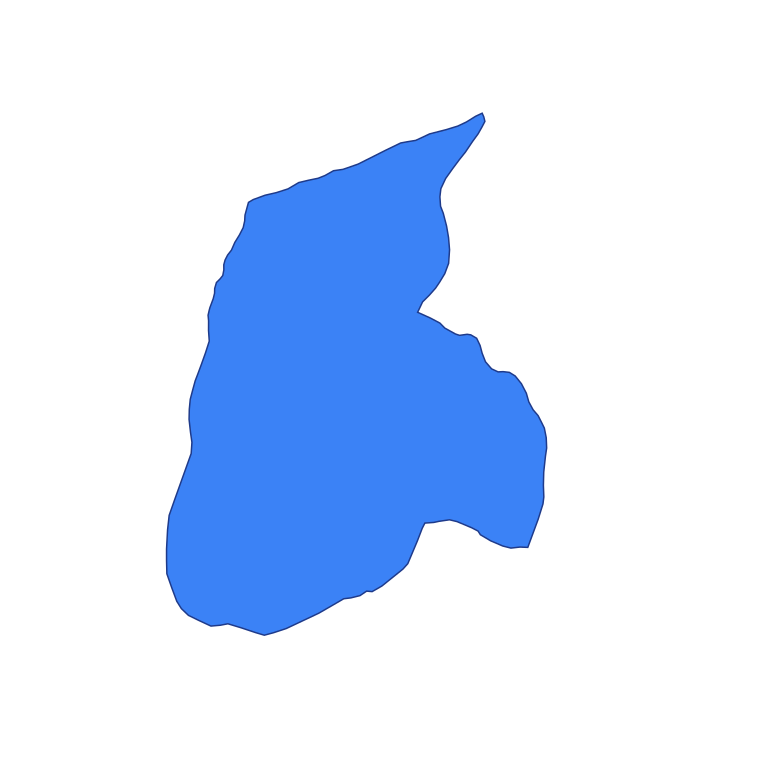 outline of Mvoung, Ogooué-Ivindo, Gabon, rotated 21°
{"feature_id": "22940354B15845982668686", "entity_name": "Mvoung", "entity_type": "district", "adm_level": 2, "iso_a3": "GAB", "parent_name": "Gabon", "parent_adm1": "Ogooué-Ivindo", "projection": "equal_earth", "projection_center": [12.149, 0.446], "detail": "fine", "context": "isolated", "style": "filled", "palette": "blue", "viewbox_px": 768, "rotation_deg": 21, "n_neighbors": 0, "source": "geoboundaries", "source_scale": "gbopen_adm2", "svg_char_len": 2015}
<svg xmlns="http://www.w3.org/2000/svg" viewBox="0 0 768 768"><g transform="rotate(21 384 384)"><path d="M378.6,96.0L373.6,101.2L367.0,109.9L360.4,116.8L350.7,124.4L337.0,134.1L326.3,145.2L319.1,149.4L313.2,153.0L302.3,164.6L281.0,188.0L268.8,198.3L260.4,203.0L254.2,210.5L248.8,215.5L240.4,220.9L232.2,226.5L224.4,236.3L214.8,244.0L205.3,250.4L195.8,258.7L192.4,263.0L192.8,267.3L193.7,276.1L195.5,281.7L196.5,288.5L195.6,296.8L194.0,305.2L193.6,313.7L191.8,319.6L191.2,325.2L191.7,330.1L193.6,334.9L194.6,340.5L193.3,344.6L191.2,349.3L191.7,355.5L193.3,360.0L194.0,365.6L194.1,375.2L194.4,377.9L195.1,382.8L197.6,387.9L201.0,396.9L205.5,406.6L206.2,419.0L206.5,432.1L206.6,441.4L206.6,448.7L207.5,457.7L208.6,467.7L211.3,477.4L214.7,486.9L220.7,498.5L225.6,507.3L228.9,518.0L230.0,566.5L230.5,583.6L234.2,597.7L240.1,615.9L244.2,626.6L249.3,639.0L258.8,650.2L268.4,661.1L275.3,666.3L284.4,670.1L295.9,671.1L309.2,672.0L317.6,667.9L324.2,663.8L338.0,662.8L353.4,662.1L362.3,661.4L370.0,655.8L380.4,647.3L405.3,621.3L423.4,598.9L429.8,595.5L437.4,590.2L442.0,583.6L447.3,582.1L454.4,573.4L468.0,550.0L470.6,543.2L471.4,518.4L471.4,505.0L472.0,499.2L480.1,495.4L484.4,492.6L493.8,487.3L501.5,486.3L517.6,486.8L524.5,487.6L528.0,490.2L539.9,492.2L552.9,492.7L561.3,491.7L569.4,487.5L576.8,485.0L576.4,454.9L575.4,439.0L573.7,432.2L569.1,421.4L564.7,409.0L560.6,393.5L558.8,385.5L554.7,376.0L549.5,367.7L545.3,363.8L539.2,358.3L532.4,354.6L525.6,348.8L520.2,341.6L512.2,334.5L503.6,329.5L496.9,328.2L490.7,329.8L486.2,331.8L479.0,331.3L470.8,326.9L464.6,320.1L459.9,313.6L454.1,308.1L447.4,307.0L443.8,307.8L437.1,311.5L432.7,311.7L420.7,310.0L414.4,307.1L403.7,305.8L389.7,305.0L390.6,293.5L394.5,284.8L397.8,276.0L399.4,269.1L401.2,259.2L401.1,248.2L397.1,235.2L391.8,224.2L385.8,214.1L378.1,203.3L373.1,197.8L369.1,189.2L367.1,181.3L367.9,170.1L370.9,158.4L374.0,147.4L376.9,138.3L379.8,125.7L382.2,116.8L383.4,108.8L384.1,102.7L381.4,98.8L378.6,96.0Z" fill="#3b82f6" stroke="#1e3a8a" stroke-width="1.5"/></g></svg>